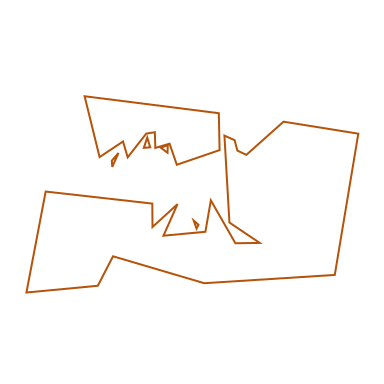 the border of Los Lagos, rotated 89°
{"feature_id": "CHL-2704", "entity_name": "Los Lagos", "entity_type": "Region", "adm_level": 1, "iso_a3": "CHL", "parent_name": "Chile", "parent_adm1": "", "projection": "robinson", "projection_center": [-73.115, -42.159], "detail": "coarse", "context": "isolated", "style": "outline", "palette": "amber", "viewbox_px": 384, "rotation_deg": 89, "n_neighbors": 0, "source": "natural_earth", "source_scale": "10m", "svg_char_len": 765}
<svg xmlns="http://www.w3.org/2000/svg" viewBox="0 0 384 384"><g transform="rotate(89 192 192)"><path d="M283.4,181.4L254.9,272.1L284.1,287.8L289.6,359.3L189.0,338.3L202.9,231.9L226.3,232.1L203.9,206.7L235.2,221.3L232.0,179.3L200.7,173.3L244.0,149.5L244.1,125.2L223.2,155.1L136.2,158.6L140.9,148.5L151.4,145.9L155.8,137.0L123.3,99.3L136.6,24.7L277.4,50.7L283.4,181.4ZM94.4,297.7L113.7,163.8L150.6,163.7L164.5,206.7L143.3,213.6L147.3,227.9L131.6,228.1L132.8,236.7L156.2,255.7L140.3,260.1L155.5,283.8L94.4,297.7ZM152.3,215.8L147.2,222.4L144.7,215.4L152.3,215.8ZM228.7,188.1L220.6,190.8L224.9,186.1L228.7,188.1ZM159.3,271.6L151.7,264.8L165.5,271.3L159.3,271.6ZM146.6,233.0L147.0,239.4L136.8,235.8L146.6,233.0Z" fill="none" stroke="#b45309" stroke-width="2"/></g></svg>